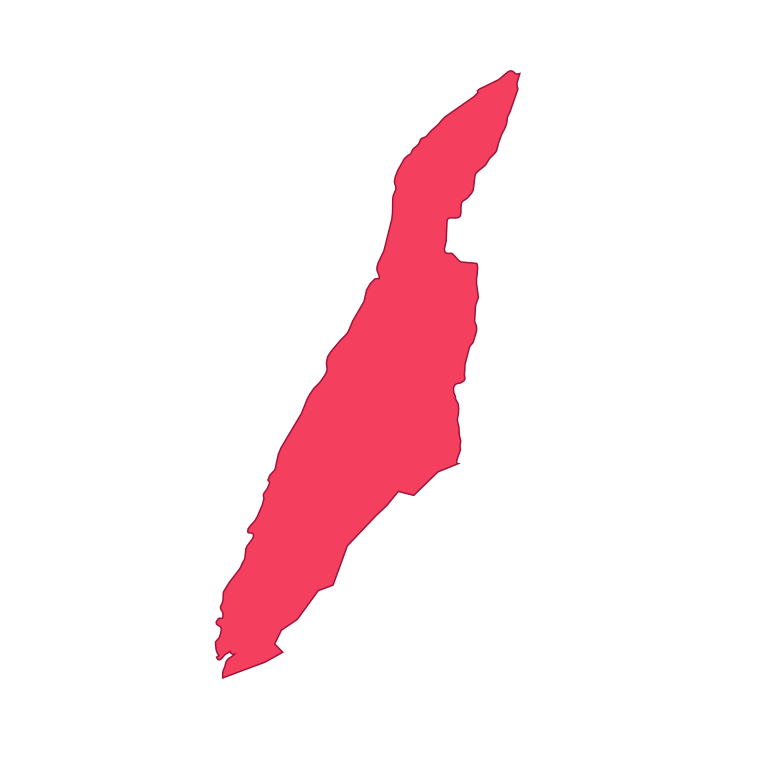 outline of Sava, rotated 213°
{"feature_id": "MDG-5879", "entity_name": "Sava", "entity_type": "Autonomous Province", "adm_level": 1, "iso_a3": "MDG", "parent_name": "Madagascar", "parent_adm1": "", "projection": "equal_earth", "projection_center": [49.879, -14.33], "detail": "fine", "context": "isolated", "style": "filled", "palette": "rose", "viewbox_px": 768, "rotation_deg": 213, "n_neighbors": 0, "source": "natural_earth", "source_scale": "10m", "svg_char_len": 3850}
<svg xmlns="http://www.w3.org/2000/svg" viewBox="0 0 768 768"><g transform="rotate(213 384 384)"><path d="M359.2,49.6L361.9,53.7L363.1,57.3L363.4,59.8L364.9,64.2L365.2,66.4L364.8,69.0L362.9,73.4L362.1,76.1L363.5,75.1L364.8,74.8L366.1,75.0L367.3,76.1L368.2,73.8L369.2,72.1L370.0,70.2L370.8,64.7L371.9,62.9L373.5,62.5L375.6,63.6L374.9,65.6L374.5,66.4L376.5,67.1L378.5,68.4L380.4,70.1L384.1,74.7L384.8,76.1L384.1,81.2L384.3,83.0L386.2,88.4L387.6,90.5L389.5,91.4L391.6,91.2L393.7,91.4L395.1,93.0L395.2,97.1L394.2,98.2L392.5,98.8L391.9,100.3L394.1,103.9L396.2,105.4L398.2,106.2L399.8,108.0L400.4,112.1L401.2,115.0L404.6,120.5L405.4,122.5L405.7,133.3L404.4,149.7L404.5,152.7L405.3,156.9L405.4,160.1L406.0,162.6L410.1,170.5L410.6,174.1L410.0,182.7L410.7,185.7L412.7,187.3L414.5,186.6L416.2,185.5L417.8,185.7L419.1,188.6L418.9,192.2L417.8,199.0L418.1,204.4L420.2,216.3L422.0,221.8L422.6,222.9L424.4,224.7L425.0,225.8L425.2,227.4L425.0,231.0L425.0,232.7L425.6,236.9L426.1,238.4L426.4,239.1L426.9,239.6L427.5,239.8L428.2,239.9L429.1,240.2L429.2,241.0L429.2,242.1L429.7,243.3L430.0,245.6L428.8,252.4L429.7,255.7L430.8,258.0L434.3,267.5L435.6,274.2L437.2,314.5L440.2,329.5L440.6,335.3L440.4,342.5L439.1,348.2L438.6,351.8L438.4,358.9L438.8,363.1L439.8,365.5L443.6,370.0L446.1,376.1L446.2,381.9L444.3,397.4L442.9,403.6L442.5,406.8L442.8,410.3L444.6,419.9L445.7,442.3L449.8,453.3L450.2,460.7L448.9,467.2L445.6,469.7L446.9,472.1L450.9,474.8L452.7,476.6L453.9,479.2L454.9,482.7L456.6,495.6L467.3,526.7L470.1,532.2L477.4,543.8L478.9,547.1L480.1,553.9L481.7,556.0L483.6,557.5L485.5,559.3L487.5,564.3L488.8,570.8L489.6,583.7L489.4,585.0L488.6,588.2L487.1,591.3L487.1,592.7L487.4,594.1L487.6,596.1L487.4,597.5L486.0,602.4L485.7,604.4L486.0,606.4L486.4,608.1L486.5,609.4L485.9,611.0L484.0,613.4L483.4,614.8L482.4,621.8L479.7,631.9L479.4,635.6L478.4,641.0L465.1,673.9L463.9,679.6L465.4,680.8L464.5,683.5L453.6,701.7L450.2,713.0L448.5,715.6L446.1,716.4L443.7,716.0L441.4,716.1L439.2,718.4L436.2,708.4L433.6,705.2L433.3,705.3L432.3,704.2L426.5,680.8L426.1,677.0L425.9,675.5L425.3,673.9L423.9,671.3L423.1,669.3L422.3,666.5L421.8,663.3L421.2,657.0L419.3,648.9L416.8,641.3L416.6,639.7L416.7,638.4L418.2,630.7L418.3,629.5L418.1,624.3L418.2,623.1L418.4,622.0L421.2,613.0L421.4,611.9L421.6,610.8L421.5,609.5L420.8,607.5L415.5,596.8L414.7,594.8L414.6,593.6L414.5,592.4L414.7,589.9L415.4,585.2L415.7,584.3L417.3,580.8L417.6,579.8L417.7,578.7L417.0,576.7L415.8,574.3L412.7,569.5L411.8,567.2L411.5,565.6L412.4,564.1L413.0,563.4L413.5,562.9L414.4,562.1L418.3,560.0L418.9,559.4L419.5,558.8L420.0,558.1L420.3,557.2L420.2,556.1L419.8,554.9L409.8,537.9L407.0,530.5L406.0,529.0L405.4,528.4L404.6,528.0L403.8,527.7L402.4,528.0L401.4,528.4L399.2,530.1L398.4,530.4L396.8,530.4L389.4,528.5L387.1,528.2L385.6,528.4L384.9,528.8L372.6,535.3L371.8,535.6L370.4,534.5L368.6,532.2L365.3,526.1L364.0,523.1L361.0,518.5L352.0,508.1L350.4,501.2L349.4,498.6L342.1,485.9L340.7,484.8L339.4,484.0L337.8,482.6L336.3,480.7L335.5,479.3L335.0,478.1L332.1,468.1L331.9,467.1L332.0,466.1L332.4,464.1L332.5,463.0L332.4,461.9L332.2,460.9L326.8,444.8L325.8,442.8L324.4,440.7L321.7,435.7L319.1,432.8L318.7,431.6L318.7,430.5L318.9,429.5L319.7,427.7L320.2,426.9L321.3,425.6L323.2,423.9L323.6,422.9L323.9,421.8L323.9,419.8L323.5,418.7L323.1,417.7L320.9,415.0L320.3,414.4L318.1,413.0L317.4,412.5L315.8,410.5L315.1,410.0L313.6,409.1L312.0,408.4L311.3,407.9L308.2,404.4L305.4,399.6L303.5,394.8L302.9,393.8L302.4,393.1L298.0,389.0L292.7,381.9L288.6,378.0L287.9,376.6L287.1,374.4L286.3,373.1L285.0,371.8L284.3,370.8L283.9,369.8L282.0,361.8L280.9,358.5L279.9,357.5L279.1,357.3L278.4,357.6L290.9,339.7L298.4,306.8L313.5,301.7L315.4,284.0L319.1,268.8L326.6,228.2L317.2,187.6L326.6,174.9L328.5,139.4L336.0,121.6L334.1,106.4L322.8,103.9L332.2,86.1L345.4,68.3L359.2,49.6Z" fill="#f43f5e" stroke="#9f1239" stroke-width="1.5"/></g></svg>